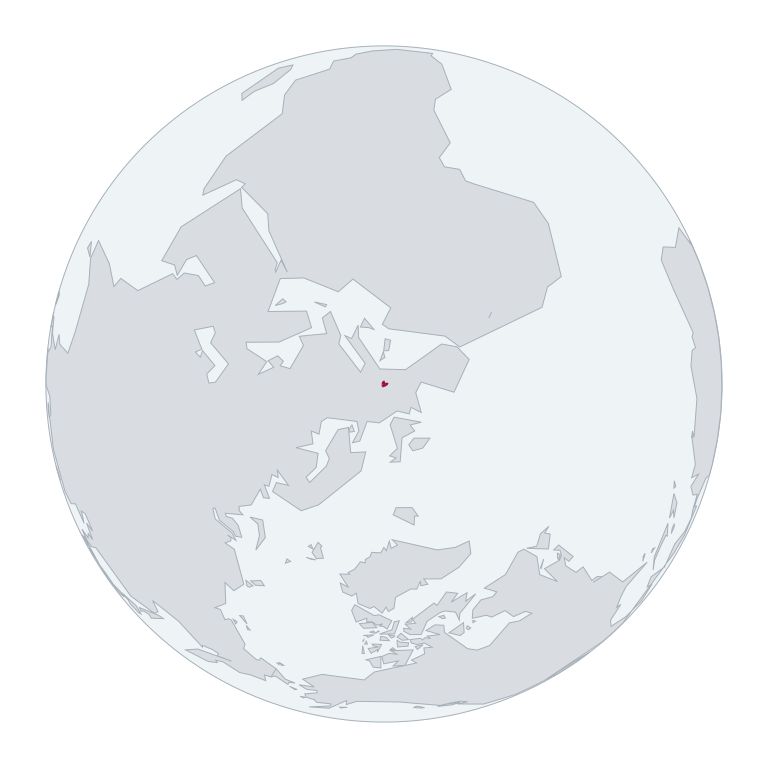 globe centered on Vaud, rotated 198°
{"feature_id": "CHE-3422", "entity_name": "Vaud", "entity_type": "Canton", "adm_level": 1, "iso_a3": "CHE", "parent_name": "Switzerland", "parent_adm1": "", "projection": "orthographic", "projection_center": [6.845, 46.59], "detail": "fine", "context": "on_globe", "style": "filled", "palette": "rose", "viewbox_px": 768, "rotation_deg": 198, "n_neighbors": 0, "source": "natural_earth", "source_scale": "10m", "svg_char_len": 11870}
<svg xmlns="http://www.w3.org/2000/svg" viewBox="0 0 768 768"><g transform="rotate(198 384 384)"><circle cx="384" cy="384" r="338" fill="#eef3f6" stroke="#a8b0b8"/><path d="M47.1,410.1L47.0,409.2L46.4,397.8L48.7,394.1L50.9,371.5L50.8,363.2L49.0,364.5L51.5,333.4L56.1,312.5L83.2,230.1L90.2,217.1L96.9,206.1L139.4,152.2L105.5,192.7L115.6,178.6L130.0,161.1L129.6,161.9L149.6,141.9L163.3,129.2L190.3,110.4L215.3,102.4L206.3,107.7L213.4,105.9L225.2,99.4L231.2,95.7L271.5,86.2L311.8,73.8L320.7,67.5L321.8,71.4L336.0,58.7L355.4,53.8L335.8,61.1L335.6,63.4L349.9,60.4L352.8,62.2L361.4,62.1L363.6,64.8L352.0,69.7L353.1,71.8L363.2,69.7L371.8,71.7L356.8,74.3L370.1,78.2L353.2,88.7L311.4,96.4L304.2,107.1L266.9,128.7L272.5,129.9L262.0,139.9L264.5,145.3L256.9,148.5L265.5,150.2L272.0,146.4L278.0,146.1L280.1,149.1L270.7,153.4L268.3,152.5L266.6,155.4L261.0,156.4L265.0,157.6L253.4,163.0L267.9,162.5L261.1,170.7L252.6,173.0L249.7,166.5L222.7,158.1L213.2,159.7L202.7,167.9L190.9,195.6L182.0,200.5L172.6,211.7L179.2,211.5L188.9,202.8L198.9,205.9L209.5,195.6L215.2,195.7L227.6,188.4L229.7,196.5L225.1,208.6L214.8,215.4L212.5,221.2L225.5,220.9L209.6,240.3L204.6,265.4L200.0,270.1L185.2,267.1L177.0,250.8L157.9,249.7L174.3,257.9L162.6,270.7L162.4,276.2L165.3,280.3L171.3,278.6L168.2,284.9L150.8,278.4L153.4,272.5L158.9,274.4L154.9,267.2L143.1,264.2L138.1,271.6L125.6,261.4L121.8,266.8L117.0,268.1L123.8,259.9L111.4,274.8L95.8,269.5L78.6,295.9L91.2,266.1L93.0,254.5L93.7,243.5L90.7,247.5L95.6,229.3L93.1,223.7L81.9,237.7L72.0,257.8L67.6,275.5L71.0,272.4L70.4,283.2L60.6,296.7L58.0,321.8L52.4,336.5L50.3,351.7L51.5,360.3L51.9,375.8L55.8,373.9L60.5,381.4L57.0,395.5L62.4,389.9L63.1,403.8L74.6,428.3L72.8,429.6L81.9,466.9L97.7,496.1L101.3,511.2L98.9,514.8L105.6,524.1L105.8,528.3L137.9,563.4L158.6,587.5L160.8,600.6L149.1,604.0L151.8,623.7L134.5,611.1L138.3,616.0L121.5,596.8L106.2,576.4L92.5,554.9L80.4,532.4L70.1,509.1L61.6,485.1L54.8,460.5L50.0,435.4L47.1,410.1ZM73.5,302.9L70.9,339.4L67.6,326.9L69.1,327.3L70.7,316.2L72.2,300.0L70.6,290.2L73.5,302.9ZM83.1,300.5L83.2,295.3L83.8,299.4L83.1,300.5ZM233.4,93.9L225.1,99.2L213.4,104.7L220.0,100.0L233.4,93.9ZM256.1,85.4L253.0,87.9L245.4,88.7L249.5,87.0L256.1,85.4ZM326.4,63.0L319.1,65.1L325.2,62.5L326.4,63.0ZM362.2,61.7L363.4,60.6L367.3,61.1L362.2,61.7ZM225.6,184.5L226.5,186.4L223.7,186.8L225.6,184.5ZM230.1,179.8L226.2,178.8L227.7,176.4L230.1,177.1L230.1,179.8ZM374.3,65.8L380.3,67.3L372.2,66.6L374.3,65.8ZM234.6,181.6L231.0,172.4L233.8,168.3L245.3,167.5L234.6,181.6ZM382.5,68.6L397.2,72.7L401.0,70.5L398.5,79.8L386.8,72.8L376.2,72.1L382.5,70.8L382.5,68.6ZM273.2,143.9L266.3,148.1L270.1,141.9L273.2,143.9ZM274.1,140.1L277.1,122.8L288.2,118.6L284.9,125.0L297.8,117.8L301.8,124.2L295.6,129.6L287.6,130.9L295.2,132.4L274.1,140.1ZM394.7,84.6L396.5,86.6L392.4,85.5L394.7,84.6ZM280.6,145.5L280.2,142.1L289.9,138.1L292.4,144.2L288.5,143.5L280.6,145.5ZM299.2,113.0L306.8,111.4L312.1,116.1L315.8,116.2L302.8,124.0L299.2,113.0ZM287.4,145.9L293.4,147.4L290.8,152.2L281.7,148.5L287.4,145.9ZM291.3,134.7L296.0,133.2L294.2,135.9L291.3,134.7ZM284.9,170.8L284.3,166.4L289.2,163.9L284.9,170.8ZM295.9,147.7L296.7,146.0L298.6,144.7L302.0,146.7L295.9,147.7ZM307.4,126.9L308.1,129.4L313.0,123.9L317.2,127.6L307.8,132.3L313.6,131.8L314.9,133.0L305.8,135.6L307.4,126.9ZM311.0,144.8L300.5,152.7L300.7,161.1L296.2,163.5L296.8,149.5L311.0,144.8ZM308.7,139.1L309.1,143.1L303.5,143.7L299.6,141.5L308.7,139.1ZM323.4,128.5L319.4,121.7L321.6,120.9L323.4,128.5ZM312.2,147.0L314.7,145.1L312.9,147.5L312.2,147.0ZM321.2,133.9L319.5,131.5L322.1,130.7L321.2,133.9ZM321.1,143.5L317.7,145.9L315.0,144.3L321.1,143.5ZM322.1,139.0L326.0,138.5L316.1,142.3L320.9,138.0L322.1,139.0ZM323.9,133.6L324.8,132.3L324.2,134.7L323.9,133.6ZM333.3,148.5L321.5,153.7L315.6,150.0L327.8,145.4L333.3,148.5ZM720.3,350.5L719.2,344.1L718.7,346.2L715.0,329.9L707.3,315.1L708.4,330.8L704.7,321.7L694.2,315.6L693.8,338.1L695.6,387.5L701.9,412.8L699.8,432.2L682.3,413.4L671.0,393.2L666.9,403.1L647.0,396.7L619.1,423.6L613.2,419.5L608.3,427.8L594.0,429.8L584.3,421.9L576.5,428.1L602.1,448.2L610.2,441.4L614.2,423.5L620.0,432.5L633.5,432.6L625.5,470.8L580.8,525.4L573.3,507.6L523.0,466.4L522.8,458.9L522.4,458.2L521.6,456.9L520.2,469.9L510.5,460.5L540.8,494.1L547.2,510.0L580.2,527.0L577.9,531.5L587.5,532.7L614.7,507.6L615.5,514.1L604.6,552.0L564.3,609.6L567.9,628.2L562.0,645.7L533.0,666.7L531.7,675.6L516.2,684.0L512.6,689.0L498.0,697.2L475.0,706.3L439.9,713.4L440.7,710.7L427.8,706.0L411.1,685.0L423.1,670.8L421.2,659.8L395.5,633.8L401.4,616.4L393.7,609.2L378.4,611.5L369.2,602.4L359.7,602.1L297.8,603.0L277.2,587.3L248.6,541.0L258.5,526.6L257.4,505.8L323.4,442.6L340.7,448.4L396.5,438.0L404.0,440.3L401.1,458.5L445.9,474.2L456.0,457.6L493.0,460.1L515.2,452.2L516.7,417.1L480.2,429.4L470.3,415.2L496.7,391.5L528.0,381.1L525.2,375.3L502.4,369.0L506.5,354.3L494.1,365.8L501.4,370.3L493.8,378.0L486.7,374.5L488.4,369.2L478.1,369.6L472.5,395.8L479.3,403.2L454.1,414.2L463.1,427.8L457.3,436.4L440.1,416.8L439.4,408.2L409.9,388.0L408.3,397.8L436.1,417.9L428.8,417.3L426.8,432.0L422.5,420.4L392.6,397.0L367.9,404.3L341.6,439.8L326.1,441.9L310.6,433.7L314.9,397.8L349.2,397.3L351.2,385.7L339.8,368.4L351.1,370.1L350.7,363.4L363.2,362.4L376.4,345.6L388.5,343.1L389.4,322.2L395.8,318.4L393.4,331.7L398.2,340.0L427.6,334.4L432.0,329.0L430.3,316.2L438.6,316.8L433.1,305.1L448.0,296.3L425.3,297.7L422.7,283.8L429.3,271.3L424.3,267.3L413.5,287.9L412.9,296.1L418.9,302.5L413.6,326.4L404.4,331.7L394.5,308.4L380.4,313.7L378.9,294.3L408.9,248.8L423.6,237.9L456.8,247.3L455.9,257.0L443.5,258.1L458.8,269.1L455.7,262.4L462.6,263.2L461.8,251.1L466.7,251.2L457.6,239.8L463.5,238.6L469.1,245.8L473.0,227.9L484.0,222.8L482.5,218.8L477.8,216.0L495.0,212.0L493.1,209.3L486.8,209.5L479.0,204.5L471.9,194.3L478.2,193.4L481.6,197.0L498.3,203.6L506.4,213.9L508.3,212.6L502.8,203.5L482.4,195.3L476.4,189.5L486.3,192.0L482.2,190.6L481.2,187.5L486.1,183.8L475.3,180.6L455.4,150.3L462.9,141.0L473.9,146.0L466.7,126.4L475.7,119.0L469.9,119.0L462.4,110.6L459.5,112.7L456.1,112.2L435.7,93.5L435.9,89.0L420.4,82.5L417.4,82.7L416.5,85.5L398.5,79.8L401.0,70.5L407.8,70.4L404.8,65.3L420.5,66.1L432.2,65.0L451.1,70.0L458.7,69.3L456.6,67.5L465.4,65.8L490.5,69.8L479.2,74.4L443.3,73.3L458.7,74.0L457.9,76.4L465.1,78.5L475.8,79.3L475.3,77.6L506.2,95.0L537.2,106.6L528.5,97.6L531.5,95.0L559.2,104.0L607.4,139.2L612.0,139.0L617.9,143.3L626.4,152.6L618.0,146.4L619.1,150.4L613.0,145.9L623.9,159.8L615.7,154.1L628.1,168.4L632.6,169.6L626.1,158.8L640.4,174.7L644.5,173.5L654.2,183.3L678.5,220.2L689.4,244.2L692.0,249.2L691.4,251.9L698.1,269.2L704.9,278.4L707.3,285.6L714.6,314.2L713.4,309.4L712.2,316.6L717.2,336.7L718.4,335.6L720.3,350.5ZM304.8,479.2L304.0,485.7L304.8,479.2ZM564.4,386.1L581.1,376.8L568.0,360.8L573.3,356.1L566.9,352.7L567.0,359.7L550.5,349.3L555.7,338.7L550.8,330.8L544.9,333.6L538.1,355.1L561.7,369.7L560.2,380.6L564.4,386.1ZM75.1,428.9L76.0,434.6L73.8,430.7L75.1,428.9ZM64.6,330.5L65.3,336.1L64.8,341.0L63.8,337.6L64.6,330.5ZM76.1,374.6L78.0,381.7L74.9,376.7L76.1,374.6ZM71.1,344.8L74.4,369.5L68.7,361.5L66.9,346.2L69.6,353.3L71.1,344.8ZM77.7,305.9L77.6,310.2L76.0,311.7L77.7,305.9ZM83.6,303.6L83.2,302.5L84.3,298.9L83.6,303.6ZM163.6,271.0L164.9,271.7L166.8,276.7L163.7,276.2L163.6,271.0ZM188.9,289.8L183.3,299.6L185.1,291.9L179.6,292.6L176.6,277.9L197.6,271.8L188.6,276.9L188.9,289.8ZM178.4,257.6L178.0,267.0L177.6,257.0L178.4,257.6ZM335.9,329.4L341.6,333.8L338.8,341.7L323.6,346.7L327.3,335.1L335.9,329.4ZM350.2,338.4L344.6,315.0L353.9,311.6L349.7,317.4L356.4,317.4L351.3,326.8L365.6,347.2L364.1,355.6L336.7,359.2L346.5,353.1L340.3,348.8L350.2,338.4ZM314.1,267.7L311.8,259.2L334.8,262.4L334.3,270.1L319.1,275.1L310.7,269.0L314.1,267.7ZM255.6,182.5L253.3,180.3L255.9,179.0L260.0,179.7L255.6,182.5ZM284.2,169.0L268.7,191.2L265.2,189.7L260.3,205.5L249.2,207.7L252.7,197.2L240.5,211.2L239.2,202.7L231.9,212.8L241.0,189.3L239.4,182.7L245.4,189.1L255.7,187.1L259.7,184.3L269.7,171.6L271.2,157.3L281.7,153.7L288.6,154.9L289.8,157.8L282.7,159.1L289.5,162.1L280.0,166.2L284.2,169.0ZM364.1,181.2L355.3,179.9L367.3,189.6L357.9,192.5L359.9,193.5L354.5,199.1L351.5,207.7L346.7,208.0L347.5,211.3L344.0,215.3L343.6,220.1L334.9,222.4L333.6,228.5L330.2,226.2L330.4,236.2L326.4,229.9L321.4,235.0L328.0,238.4L281.9,242.7L265.8,250.6L254.5,261.0L249.0,249.6L256.0,233.0L269.6,216.3L286.0,210.9L280.5,207.1L286.7,203.5L288.4,208.0L289.5,199.0L295.1,197.4L307.1,184.7L305.2,173.6L309.6,169.0L313.1,172.5L315.0,165.5L324.7,169.3L328.0,166.2L340.8,167.2L345.7,176.5L349.1,172.4L359.0,173.4L364.1,181.2ZM336.9,149.0L344.8,158.6L343.6,165.1L321.8,160.7L317.4,163.0L303.4,161.2L305.4,151.9L309.3,153.2L313.4,152.4L311.1,155.6L316.1,152.4L321.6,154.2L326.9,152.4L328.0,155.9L336.9,149.0ZM410.5,432.8L416.0,432.9L424.0,430.9L422.9,440.5L410.5,432.8ZM389.9,417.2L394.5,415.5L396.9,427.4L391.2,427.6L389.9,417.2ZM395.0,404.9L394.6,414.5L391.4,409.5L395.0,404.9ZM397.5,329.7L402.1,327.5L403.4,330.3L401.8,335.2L397.5,329.7ZM397.8,213.0L392.9,210.6L393.8,208.7L387.8,199.6L394.3,197.0L400.4,201.6L397.8,213.0ZM511.7,425.1L506.6,433.7L502.6,431.9L505.2,429.2L511.7,425.1ZM463.6,439.2L475.6,440.5L463.1,441.8L463.6,439.2ZM403.8,208.7L400.6,205.1L405.8,206.1L403.8,208.7ZM398.7,194.8L404.5,195.0L394.4,195.7L398.7,194.8ZM609.0,616.4L582.0,651.8L569.2,659.3L569.9,654.3L582.0,635.6L597.9,622.2L606.6,609.9L609.0,616.4ZM721.7,372.1L720.3,368.4L720.5,360.0L720.9,357.3L721.7,372.1ZM702.9,413.9L708.0,421.8L706.3,429.2L702.9,413.9ZM695.3,255.4L697.7,262.6L696.1,259.7L692.0,248.7L695.3,255.4ZM661.7,192.2L667.9,200.8L670.5,204.9L668.6,202.3L661.7,192.2ZM454.6,186.5L455.7,201.6L460.7,211.9L470.3,216.1L457.3,217.1L449.4,201.2L454.6,186.5ZM454.6,154.6L446.2,151.6L449.4,149.1L451.8,149.5L454.6,154.6ZM449.9,155.5L440.4,159.1L435.4,155.1L443.9,152.9L449.9,155.5ZM422.4,183.0L422.3,187.6L418.0,186.5L422.4,183.0ZM613.5,136.6L610.3,134.2L605.0,129.1L608.7,132.2L613.5,136.6ZM584.8,112.4L602.5,127.1L616.2,140.2L615.3,138.7L624.5,147.1L622.0,146.1L607.4,132.4L598.2,123.8L590.3,118.1L579.5,109.8L571.6,105.7L564.8,101.3L569.1,102.6L584.8,112.4ZM568.6,104.4L551.0,96.4L544.1,90.2L546.4,90.6L557.4,96.6L560.4,99.5L568.6,104.4ZM544.7,92.8L547.4,95.8L527.2,94.4L521.2,92.7L533.0,89.4L536.1,92.2L542.3,93.9L544.7,92.8ZM399.5,85.6L396.8,86.5L397.2,84.6L399.5,85.6ZM454.7,113.6L450.2,112.5L450.9,110.0L454.7,113.6ZM438.0,108.4L440.4,111.9L435.3,108.6L438.0,108.4ZM446.2,119.9L440.1,113.5L449.7,119.2L446.2,119.9Z" fill="#d9dde1" stroke="#a8b0b8" stroke-width="1"/><path d="M381.0,385.5L381.1,385.3L381.1,385.2L380.8,385.0L380.8,384.9L380.8,384.7L381.0,384.4L381.2,384.2L381.7,383.5L381.9,383.3L382.0,383.3L382.1,383.1L382.3,383.0L382.3,382.9L382.3,382.7L382.5,382.4L382.8,382.4L383.0,382.3L383.1,382.2L383.3,382.1L383.5,381.9L383.5,382.0L383.6,382.3L383.7,382.5L383.8,382.7L383.8,382.8L384.0,382.9L384.3,382.9L384.3,382.7L384.3,382.4L384.2,382.4L384.3,382.3L384.1,382.1L384.3,382.0L384.5,382.3L384.6,382.5L384.5,382.8L384.4,382.9L384.4,383.0L384.3,383.3L384.1,383.5L383.9,383.6L383.8,383.8L383.8,384.0L384.0,384.1L384.1,384.3L383.9,384.3L384.0,384.5L384.2,384.4L384.3,384.4L384.5,384.6L384.6,384.8L384.7,384.7L384.8,384.7L385.0,384.6L385.2,384.4L385.3,384.4L385.5,384.3L385.6,384.2L385.6,384.3L385.7,384.5L385.6,384.8L385.5,385.0L385.4,385.2L385.5,385.2L385.5,385.3L385.6,385.5L385.4,385.7L385.4,385.8L385.3,386.0L385.2,386.0L385.0,386.3L384.8,386.4L384.7,386.2L384.4,385.7L384.2,385.4L384.2,385.2L383.8,385.1L383.7,385.0L383.7,384.9L383.1,384.8L382.8,384.8L382.5,384.8L382.2,385.1L381.9,385.1L381.7,385.3L381.5,385.5L381.4,385.6L381.1,385.5L381.0,385.5ZM384.1,383.2L384.1,382.9L384.0,383.0L383.9,383.1L384.0,383.1L384.1,383.2ZM383.7,383.2L383.8,383.2L383.7,383.0L383.7,383.2ZM384.7,381.6L384.9,381.7L384.9,381.9L385.0,382.1L384.9,382.2L384.9,382.3L384.8,382.5L384.8,382.4L384.7,382.3L384.7,382.2L384.4,381.9L384.7,381.6Z" fill="#f43f5e" stroke="#9f1239" stroke-width="1.5"/></g></svg>